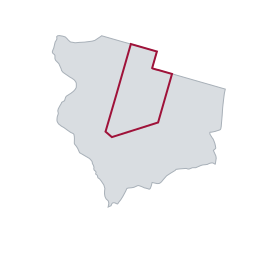 location of Ghanzi within Botswana, rotated 106°
{"feature_id": "BWA-1191", "entity_name": "Ghanzi", "entity_type": "District", "adm_level": 1, "iso_a3": "BWA", "parent_name": "Botswana", "parent_adm1": "", "projection": "natural_earth1", "projection_center": [20.983, -22.159], "detail": "fine", "context": "in_parent", "style": "outline", "palette": "rose", "viewbox_px": 256, "rotation_deg": 106, "n_neighbors": 0, "source": "natural_earth", "source_scale": "10m", "svg_char_len": 3175}
<svg xmlns="http://www.w3.org/2000/svg" viewBox="0 0 256 256"><g transform="rotate(106 128 128)"><path d="M138.8,34.3L138.5,35.3L138.2,36.8L138.5,38.0L139.2,39.4L140.2,40.7L141.0,41.5L141.9,43.4L142.8,45.8L144.0,47.7L147.5,52.0L147.9,53.5L148.4,55.1L150.6,58.0L150.9,59.0L150.8,60.9L153.0,66.9L154.5,70.4L155.8,71.0L159.8,74.7L163.3,77.7L167.5,79.7L170.5,81.0L172.0,82.0L172.8,82.9L173.4,84.7L173.6,87.8L173.7,89.8L177.0,89.7L179.7,89.9L180.7,90.3L181.0,90.9L180.9,92.2L180.9,94.2L181.0,95.8L180.7,97.5L180.5,99.5L180.4,101.9L180.8,102.9L183.4,106.0L184.4,108.0L185.6,111.1L186.2,112.1L186.8,112.5L189.2,112.8L195.2,114.1L199.0,115.2L201.9,116.4L203.2,116.8L203.8,117.1L204.0,117.4L203.6,120.0L203.7,120.9L204.0,121.7L204.5,122.3L205.1,122.6L207.4,122.9L208.7,124.5L209.5,125.3L205.5,125.7L203.4,127.0L202.2,129.5L200.3,131.2L197.8,132.4L195.2,133.1L192.4,133.6L189.3,135.6L186.1,139.4L184.5,141.7L184.4,142.7L183.7,143.5L182.3,144.2L181.6,145.1L181.4,146.1L180.6,146.5L179.4,146.5L178.5,147.2L178.0,148.7L176.8,149.6L175.1,149.9L173.6,150.8L172.3,152.1L171.4,152.8L170.7,152.8L169.6,153.9L167.9,156.6L167.6,157.8L165.1,167.7L163.8,168.8L161.3,170.9L159.3,173.3L158.4,174.7L157.5,175.4L152.9,176.6L151.1,177.2L149.1,178.2L148.5,179.0L148.0,182.0L146.5,186.4L145.3,189.6L144.6,192.5L143.2,195.9L142.1,197.1L140.8,198.2L139.1,198.7L136.8,199.1L134.7,199.0L133.1,199.0L130.9,200.2L128.8,200.3L125.5,199.6L122.8,198.9L121.6,198.8L119.2,196.5L117.7,196.5L115.4,196.4L114.1,195.8L112.9,194.7L110.3,192.4L107.7,190.5L105.4,189.4L103.3,188.9L101.3,189.4L99.7,189.9L99.1,190.1L97.9,191.1L96.6,192.9L95.6,195.7L95.2,197.5L94.0,201.1L92.5,205.6L91.7,206.8L90.9,207.8L89.5,208.6L85.2,212.2L83.0,216.1L81.6,217.3L79.9,217.8L78.5,218.2L77.8,218.8L76.9,220.8L76.2,221.5L75.3,221.8L72.8,221.6L72.0,221.4L65.4,221.7L63.4,221.1L62.0,220.9L59.8,221.7L58.8,221.1L58.1,219.5L57.7,216.1L57.8,213.3L59.0,211.1L60.0,209.6L61.0,207.5L61.2,206.6L61.0,205.8L60.8,204.1L60.7,202.4L59.2,198.6L57.5,193.6L55.1,188.0L54.4,186.4L52.9,184.0L47.5,179.4L46.6,178.8L46.6,178.3L46.6,173.8L46.6,167.8L46.6,161.9L46.6,156.0L46.5,150.0L46.5,144.1L46.5,138.2L46.5,132.2L46.5,126.3L46.5,121.3L50.4,121.3L55.3,121.3L61.1,121.3L63.7,121.3L63.9,120.5L63.9,116.8L63.9,108.4L63.8,99.9L63.8,91.5L63.8,83.1L63.8,74.6L63.8,66.2L63.8,57.8L63.8,49.3L63.8,45.2L68.3,44.9L73.5,44.1L81.9,42.7L89.8,41.0L94.9,40.0L101.0,38.8L103.1,38.6L103.7,38.7L104.5,39.2L107.3,43.4L109.0,46.6L109.4,47.9L109.7,48.1L110.6,47.9L111.5,47.4L114.4,44.2L115.0,43.3L116.8,41.8L119.0,40.2L121.0,39.1L123.1,38.1L124.0,38.4L125.1,39.2L126.1,39.7L130.7,35.8L132.7,34.9L138.1,34.2L138.8,34.3Z" fill="#d9dde1" stroke="#a8b0b8" stroke-width="1"/><path d="M46.5,148.4L46.5,146.2L46.5,142.7L46.5,139.1L46.5,135.5L46.5,132.4L46.5,129.3L46.5,126.2L46.5,123.1L46.5,121.3L50.5,121.3L54.6,121.3L58.7,121.3L62.7,121.3L63.7,121.3L64.0,120.5L64.0,119.7L64.0,118.5L64.0,117.3L64.0,116.1L63.9,114.9L63.9,113.7L63.9,112.5L63.9,111.3L63.9,110.2L63.9,109.0L63.9,107.8L63.9,106.6L63.9,105.4L63.9,104.2L63.9,103.0L63.9,101.8L63.9,100.6L64.2,100.6L114.4,100.6L141.2,141.0L137.7,148.6L99.9,148.4L46.9,148.4L46.5,148.4Z" fill="none" stroke="#9f1239" stroke-width="2"/></g></svg>